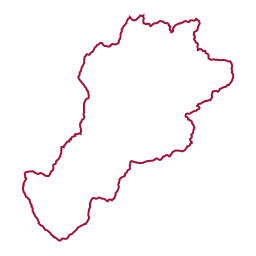 outline of La Union, Arequipa, Peru
{"feature_id": "86281439B24532133151812", "entity_name": "La Union", "entity_type": "district", "adm_level": 2, "iso_a3": "PER", "parent_name": "Peru", "parent_adm1": "Arequipa", "projection": "robinson", "projection_center": [-72.836, -15.108], "detail": "fine", "context": "isolated", "style": "outline", "palette": "rose", "viewbox_px": 256, "rotation_deg": 0, "n_neighbors": 0, "source": "geoboundaries", "source_scale": "gbopen_adm2", "svg_char_len": 5698}
<svg xmlns="http://www.w3.org/2000/svg" viewBox="0 0 256 256"><path d="M118.6,42.8L116.4,44.3L115.5,44.2L115.1,44.5L112.2,43.9L111.4,44.9L110.6,45.0L110.1,46.3L109.4,46.5L107.7,46.5L105.9,46.0L104.4,46.0L102.6,44.1L102.4,43.5L102.0,43.0L100.0,43.1L98.9,44.2L97.0,45.1L95.8,46.9L94.7,47.8L92.9,51.6L91.6,52.1L90.3,53.4L89.5,54.7L89.0,54.8L86.7,54.2L86.2,54.8L85.9,55.9L84.5,56.9L84.6,58.3L84.1,59.9L84.3,62.9L82.2,66.5L81.4,68.6L81.1,70.6L80.2,71.7L79.5,73.5L79.7,74.9L78.3,76.8L78.6,78.1L79.8,80.1L83.3,84.3L85.1,87.0L86.1,88.0L87.0,90.5L87.9,91.1L88.7,95.0L88.8,97.5L88.3,98.3L86.7,98.8L85.6,99.8L85.0,101.6L84.5,102.2L84.0,103.7L83.9,109.3L84.1,112.4L83.4,114.4L84.2,115.8L84.2,117.4L83.4,119.0L81.7,120.2L81.2,122.2L80.2,123.3L79.9,124.1L80.3,127.1L80.9,128.7L81.0,130.9L81.0,131.9L80.4,133.2L80.5,133.8L79.4,133.3L77.9,134.1L76.5,134.3L75.9,133.9L75.0,134.4L74.9,134.8L75.2,136.0L72.6,136.7L72.0,137.1L71.1,138.3L71.1,139.3L70.2,139.1L69.7,139.4L69.3,141.5L68.4,141.3L67.5,141.6L66.1,143.0L65.0,145.0L64.0,145.7L63.7,147.3L62.6,147.0L61.4,147.1L61.3,148.1L61.6,149.7L61.2,150.9L61.3,151.9L60.3,155.9L59.8,156.3L59.5,157.8L58.1,159.7L56.8,160.4L56.3,161.0L55.5,163.9L53.9,164.4L53.3,164.9L53.2,165.2L53.4,168.2L52.7,170.5L51.2,171.3L50.6,172.4L50.4,173.6L48.6,176.1L45.6,175.9L44.7,175.1L41.2,173.1L39.9,173.1L39.5,173.6L38.1,174.1L37.2,173.6L35.9,173.3L35.0,172.6L33.7,172.1L33.4,171.4L32.9,171.2L31.1,171.5L29.5,171.3L28.3,171.9L26.7,171.9L25.7,172.3L24.7,173.4L25.3,177.0L25.2,177.5L25.9,178.0L26.2,179.0L25.7,179.4L24.3,182.3L23.6,183.2L23.6,184.4L23.3,184.9L23.7,185.6L23.4,186.0L23.4,186.7L23.1,187.0L22.8,189.0L23.3,189.9L23.5,191.9L24.8,193.4L25.0,194.5L25.5,195.1L25.5,195.9L25.9,196.7L27.0,197.3L28.4,198.5L28.6,199.2L29.5,199.7L30.3,203.2L31.7,205.1L31.3,206.4L32.0,207.1L32.7,208.5L32.6,211.1L33.7,212.7L33.7,213.6L34.9,215.2L35.3,216.6L37.6,218.9L37.6,219.8L38.8,221.8L38.8,222.6L38.5,223.2L41.0,225.5L42.4,225.9L43.7,227.5L44.9,229.6L46.8,230.2L47.8,230.9L49.9,232.6L51.6,235.0L52.8,235.5L53.4,236.9L54.5,237.0L55.2,237.8L56.3,238.2L58.5,240.2L60.3,240.6L61.4,239.5L61.7,238.9L62.3,238.5L65.7,238.9L67.4,238.3L69.3,235.0L72.4,233.6L73.7,232.1L76.5,229.8L77.7,227.7L80.0,226.5L81.2,225.6L83.2,224.9L84.1,224.1L85.7,224.0L86.3,222.8L87.3,221.7L89.2,218.0L88.4,215.4L88.3,213.5L88.6,212.6L89.0,209.5L90.2,206.8L89.8,204.7L90.1,203.9L89.9,203.5L90.3,203.0L90.3,202.2L91.1,200.4L92.5,198.3L93.0,198.3L93.5,197.9L94.7,198.1L95.6,198.7L96.7,198.7L98.1,198.0L98.3,197.6L99.2,197.6L102.2,198.7L103.2,198.7L105.0,199.2L106.1,200.5L107.8,201.3L108.5,199.7L110.9,199.5L111.9,200.4L113.5,198.7L114.3,198.5L114.6,197.9L114.7,196.5L115.5,195.5L115.6,193.0L117.5,190.9L118.6,188.0L118.9,186.6L118.3,185.3L118.3,184.2L118.9,183.3L119.7,179.0L121.2,177.6L124.7,176.0L125.1,175.5L124.9,174.1L125.2,173.5L126.8,172.4L127.7,170.2L129.8,169.2L130.0,168.4L129.7,165.6L130.4,163.8L130.2,162.6L131.2,161.1L131.7,161.4L132.7,161.3L134.0,162.0L140.4,163.2L140.7,163.0L143.2,162.8L144.2,162.1L147.4,161.1L152.6,160.6L154.4,159.9L155.5,158.8L156.4,158.4L157.3,158.6L159.2,159.8L160.2,159.9L162.1,158.4L162.3,157.6L163.2,156.5L164.3,156.4L165.8,155.3L167.6,155.1L169.2,156.4L169.9,156.3L170.4,155.8L170.8,154.6L171.7,153.7L172.3,152.4L173.6,151.4L175.6,150.5L178.4,150.6L181.9,151.1L182.3,151.4L185.0,150.1L186.3,148.0L187.0,147.3L187.1,146.5L188.2,146.3L189.3,145.7L189.9,145.0L190.3,143.8L191.9,142.8L191.8,142.1L190.9,141.9L190.5,140.3L189.9,139.5L189.9,139.2L191.8,137.1L191.7,135.8L191.3,134.7L192.9,133.2L193.7,129.1L194.4,128.2L193.7,125.7L192.1,123.2L191.6,121.2L190.3,120.7L189.6,119.7L188.0,119.5L188.1,118.4L187.8,117.9L186.9,117.1L185.9,116.8L185.6,116.4L185.5,116.0L186.0,114.2L187.0,113.6L189.8,113.7L193.1,111.5L196.2,110.6L197.5,109.6L198.8,109.1L199.5,108.1L199.3,107.3L198.2,106.2L197.1,105.9L198.3,104.1L199.9,103.6L201.0,103.6L202.2,102.6L205.2,101.0L206.5,101.0L209.3,100.1L210.3,100.2L211.9,97.5L211.8,94.1L212.8,91.4L216.5,90.9L217.2,91.2L217.6,91.7L218.1,91.7L218.8,91.0L219.6,89.1L222.8,87.7L224.2,86.9L225.8,86.9L226.4,86.4L227.1,85.1L228.8,85.0L231.5,81.5L233.2,77.4L233.1,74.3L231.8,72.7L232.3,70.3L231.6,69.3L231.5,68.8L232.2,66.7L231.6,63.5L230.8,62.7L230.5,61.5L228.4,61.3L226.0,60.4L223.1,60.0L220.4,60.2L219.6,59.9L217.7,60.0L217.0,59.6L215.6,59.8L213.9,59.3L211.1,59.8L208.7,58.6L208.5,57.7L208.6,55.8L208.3,54.8L207.6,53.9L205.6,52.9L205.2,50.9L203.0,51.0L202.2,50.4L201.7,49.4L199.8,49.0L198.8,49.3L198.4,50.1L197.8,50.1L197.9,48.7L197.4,46.8L197.9,44.2L197.0,42.9L195.6,42.3L195.7,41.8L195.3,40.9L194.5,40.0L194.1,39.3L194.0,38.8L194.5,38.3L195.0,36.4L194.3,35.8L194.1,35.1L193.7,34.7L194.1,32.2L197.3,30.2L197.4,29.3L197.9,28.6L197.9,27.5L198.4,25.9L198.8,25.0L199.4,24.3L199.7,23.1L199.3,22.4L199.1,21.2L198.5,20.5L197.5,20.1L196.9,19.3L196.1,18.8L195.2,20.2L194.7,20.6L190.4,20.3L189.9,20.6L189.5,21.6L188.9,22.1L187.2,21.7L185.9,21.0L184.2,21.5L182.1,22.8L180.4,23.0L179.7,23.7L178.4,23.7L176.3,24.8L174.5,26.0L173.3,28.1L172.8,29.8L173.2,30.9L171.7,32.3L171.2,32.3L171.1,32.1L171.2,31.1L169.6,29.7L170.2,26.6L169.7,26.0L168.9,25.8L168.9,24.4L168.1,23.9L167.7,23.2L164.9,23.1L163.7,22.3L163.5,21.8L162.7,21.4L161.6,21.5L160.5,21.0L159.3,21.3L157.9,22.7L157.2,22.6L156.5,23.3L155.1,23.2L153.4,23.8L150.8,26.2L149.7,25.2L149.6,24.4L149.3,23.9L148.4,23.8L145.8,24.2L144.6,23.4L143.6,23.3L143.2,20.4L143.9,18.6L143.3,17.2L143.4,15.4L142.3,16.0L140.1,15.5L139.5,16.8L138.3,17.6L136.4,19.5L135.7,20.0L133.9,20.4L133.1,20.3L131.9,19.4L129.8,16.9L129.3,18.1L128.0,19.0L127.6,19.7L126.9,21.0L126.3,23.1L124.4,25.5L123.8,25.9L122.1,29.0L121.6,29.4L121.9,31.6L121.0,32.7L120.6,33.9L120.4,37.9L119.6,39.6L119.1,39.9L118.6,42.8Z" fill="none" stroke="#9f1239" stroke-width="2"/></svg>